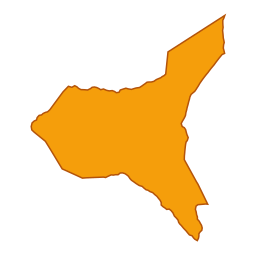 Nova Itarana, Bahia, Brazil
{"feature_id": "56859067B79206528521122", "entity_name": "Nova Itarana", "entity_type": "district", "adm_level": 2, "iso_a3": "BRA", "parent_name": "Brazil", "parent_adm1": "Bahia", "projection": "orthographic", "projection_center": [-40.008, -13.045], "detail": "fine", "context": "isolated", "style": "filled", "palette": "amber", "viewbox_px": 256, "rotation_deg": 0, "n_neighbors": 0, "source": "geoboundaries", "source_scale": "gbopen_adm2", "svg_char_len": 2378}
<svg xmlns="http://www.w3.org/2000/svg" viewBox="0 0 256 256"><path d="M224.6,53.4L224.0,50.8L223.3,48.1L223.6,44.7L224.2,42.6L223.9,40.7L223.3,38.0L223.0,34.1L222.6,30.5L223.1,27.4L222.9,25.1L222.8,22.7L222.8,20.2L223.7,18.5L224.8,15.4L168.0,51.9L165.7,74.1L164.0,75.7L162.3,76.5L160.8,77.7L158.6,78.6L156.3,79.6L153.9,81.3L151.3,82.0L149.2,82.0L147.0,82.2L145.1,83.7L143.5,84.8L141.7,86.1L139.5,87.5L136.0,88.0L133.6,88.7L131.5,89.4L128.3,88.9L125.9,88.2L123.3,89.0L120.3,90.0L119.0,92.3L116.3,92.7L114.6,91.5L112.3,90.6L109.2,90.9L106.5,90.3L103.5,89.0L100.7,89.7L98.8,88.5L96.7,87.5L94.4,87.0L92.1,87.3L90.5,88.6L87.6,90.0L84.1,89.7L80.9,89.6L78.5,88.3L76.9,86.8L74.7,85.7L71.9,87.3L68.4,86.3L63.1,91.8L49.8,109.8L47.6,111.8L45.4,112.4L43.1,113.5L41.6,114.9L39.1,115.4L37.2,117.5L36.5,120.0L34.2,121.0L32.1,122.9L31.2,126.5L31.8,129.9L34.2,132.2L45.4,141.3L50.3,149.2L58.2,162.3L62.2,168.9L75.9,175.1L82.4,178.1L86.3,177.8L88.6,177.7L103.5,177.1L105.6,177.5L107.8,176.4L111.1,174.9L113.5,175.1L115.4,174.7L118.1,174.7L120.2,173.0L122.6,172.9L125.1,173.7L126.8,174.9L128.4,176.2L129.9,178.5L131.4,180.2L133.3,181.5L136.2,183.6L139.2,185.5L142.2,186.4L144.0,188.1L146.1,189.8L147.9,190.2L150.0,191.6L152.7,192.6L154.8,194.6L156.9,196.3L158.6,198.5L160.1,200.3L161.2,202.5L161.2,205.0L163.0,206.7L165.0,208.0L166.7,209.4L169.2,209.1L171.0,210.5L172.9,212.8L174.4,216.1L176.5,218.2L178.1,220.2L178.6,222.2L179.6,223.8L181.4,225.6L183.6,228.3L186.1,230.9L187.7,232.9L189.4,234.9L192.1,235.8L193.4,237.7L194.7,239.1L197.3,240.6L198.5,238.2L198.9,236.0L198.9,233.7L200.3,231.7L201.8,230.4L202.2,228.0L201.5,225.3L200.5,223.6L199.2,221.2L197.4,219.2L197.4,216.9L196.6,214.7L196.2,212.0L195.4,209.4L196.0,206.2L197.8,204.7L205.8,204.0L207.7,204.2L197.9,184.1L196.4,181.7L184.3,159.7L184.4,156.0L184.7,152.8L184.9,150.5L185.2,147.5L185.6,144.3L186.1,142.0L187.3,140.5L188.2,137.6L186.9,134.5L186.2,132.0L185.6,129.6L184.3,127.7L182.2,126.5L181.2,123.6L182.4,121.2L183.5,119.4L184.7,117.2L185.5,115.4L185.9,112.6L186.6,110.1L187.1,107.7L188.0,104.5L188.7,101.6L189.4,99.3L189.9,97.0L191.1,94.4L193.1,92.7L194.7,91.4L196.1,89.4L197.1,87.8L198.4,85.8L199.7,83.5L201.0,81.6L202.7,79.2L204.5,76.8L206.4,74.4L208.0,72.5L209.3,70.7L210.9,68.6L212.5,66.7L214.1,64.8L215.6,62.7L217.2,60.6L218.8,58.5L220.2,56.8L222.1,54.5L224.6,53.4Z" fill="#f59e0b" stroke="#b45309" stroke-width="1.5"/></svg>